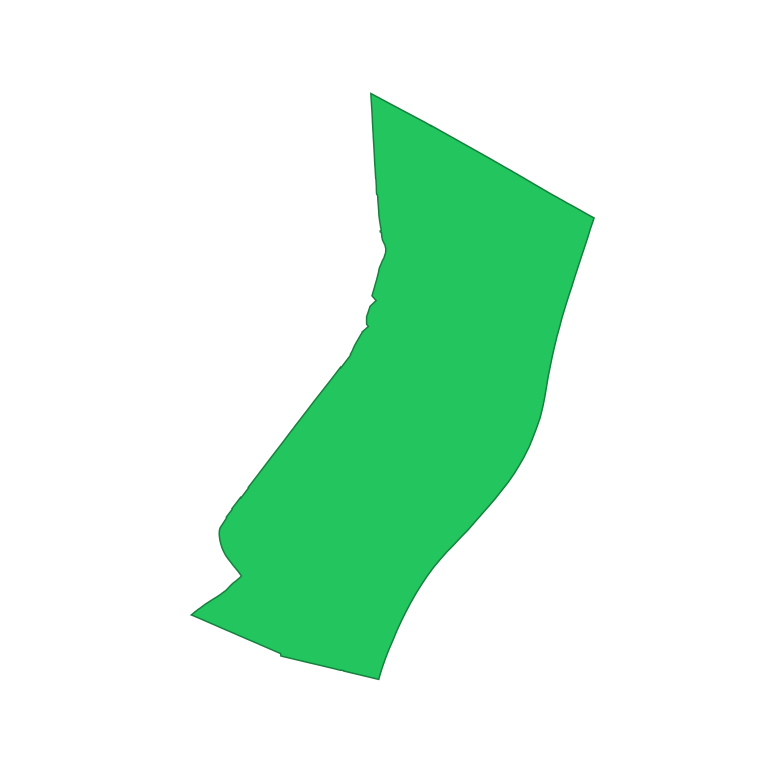 Maassluis, Zuid-Holland, Netherlands (Albers equal-area conic projection), rotated 255°
{"feature_id": "6326949B57125519324160", "entity_name": "Maassluis", "entity_type": "district", "adm_level": 2, "iso_a3": "NLD", "parent_name": "Netherlands", "parent_adm1": "Zuid-Holland", "projection": "albers", "projection_center": [4.256, 51.927], "detail": "fine", "context": "isolated", "style": "filled", "palette": "green", "viewbox_px": 768, "rotation_deg": 255, "n_neighbors": 0, "source": "geoboundaries", "source_scale": "gbopen_adm2", "svg_char_len": 5199}
<svg xmlns="http://www.w3.org/2000/svg" viewBox="0 0 768 768"><g transform="rotate(255 384 384)"><path d="M490.0,629.9L495.8,623.8L504.9,614.6L509.0,610.3L509.7,609.5L509.9,609.3L510.1,609.1L510.5,608.7L510.7,608.4L515.3,603.8L516.1,603.0L516.5,602.6L517.0,602.0L517.1,601.9L517.3,601.7L519.2,599.8L519.4,599.6L520.6,598.4L521.7,597.2L521.9,597.0L524.9,593.9L530.9,588.0L537.6,581.3L541.3,577.7L543.0,576.0L543.4,575.6L549.6,569.5L555.6,563.5L556.7,562.5L556.8,562.4L557.1,562.1L558.6,560.5L559.0,560.1L561.8,557.2L564.0,555.0L564.5,554.5L565.2,553.9L565.6,553.4L575.5,543.5L577.8,541.1L614.8,503.2L615.9,502.1L618.7,499.2L619.1,498.8L620.4,497.4L620.6,497.3L621.6,496.3L621.1,496.1L622.2,495.2L623.6,493.9L624.1,493.4L624.5,493.0L624.7,492.8L624.9,492.6L625.1,492.4L626.0,491.5L626.1,491.4L630.4,486.8L632.3,484.7L632.8,484.2L637.3,479.4L638.1,478.5L638.6,478.0L644.1,472.0L645.2,470.9L645.7,470.4L647.0,469.0L648.7,467.1L649.2,466.6L652.9,462.6L656.6,458.7L659.3,455.8L664.0,450.8L664.5,450.2L667.2,447.4L668.0,446.5L662.4,445.3L660.4,444.9L652.0,443.2L650.7,443.0L649.5,442.7L649.4,442.7L645.7,441.9L644.3,441.6L642.8,441.3L641.0,440.9L640.9,440.8L638.4,440.3L637.4,440.1L630.2,438.6L626.6,437.9L626.0,437.7L621.6,436.8L620.6,436.6L616.1,435.7L615.6,435.6L608.6,434.1L608.0,434.0L602.1,432.7L600.7,432.4L592.5,430.8L592.3,430.8L592.1,430.7L588.8,430.0L584.2,429.1L583.5,429.2L582.0,428.8L578.6,428.1L578.0,428.0L577.6,427.9L572.3,426.6L569.3,426.0L569.2,426.0L568.4,426.5L567.9,426.5L567.3,426.5L566.1,426.3L563.8,425.8L552.7,423.7L547.9,422.7L542.6,422.0L539.5,421.7L535.9,421.3L535.6,421.4L535.3,421.3L534.6,421.3L534.1,421.2L533.7,421.2L533.3,421.1L532.9,420.9L532.9,420.7L532.8,420.4L532.8,420.2L532.8,419.9L531.7,419.8L531.3,420.5L531.2,420.6L530.9,420.8L530.7,420.7L530.2,420.6L529.5,420.4L528.9,420.4L527.8,420.2L527.1,420.0L526.4,420.0L526.2,420.0L524.9,419.9L524.2,419.8L523.1,419.9L519.6,420.5L517.9,420.9L514.0,420.7L510.9,419.7L510.5,419.6L510.1,419.3L509.1,418.7L508.0,417.9L506.1,416.8L505.8,416.5L505.1,415.9L504.8,415.6L503.9,414.7L502.4,413.5L500.0,411.7L498.3,410.3L496.9,409.3L495.7,408.7L493.5,407.7L491.0,406.3L486.7,403.9L481.6,400.8L480.8,400.4L479.7,399.7L474.7,396.7L474.3,396.4L473.4,395.9L473.2,395.8L472.3,395.2L466.6,398.0L466.5,397.8L465.7,396.2L462.6,390.6L461.8,390.1L456.9,386.9L453.5,384.6L448.4,383.2L446.2,382.7L443.6,383.8L440.9,378.4L440.5,377.6L440.0,376.5L439.8,376.6L434.7,371.4L433.0,369.8L431.9,368.6L430.6,367.3L430.1,366.8L427.2,364.2L425.0,362.6L424.4,362.1L421.2,359.1L420.6,359.3L415.8,353.1L410.8,346.6L411.5,346.4L407.8,341.6L400.2,331.7L388.8,316.5L387.0,314.1L386.3,313.1L377.4,301.6L376.0,299.7L374.5,297.8L370.6,292.7L369.6,291.4L367.3,288.3L365.8,286.4L365.0,285.5L362.7,282.4L360.0,278.9L355.9,273.7L354.8,272.3L353.8,271.0L349.0,264.7L348.6,264.3L348.3,263.8L342.8,256.6L337.0,249.1L332.5,243.3L331.4,241.8L330.8,241.1L330.0,240.1L328.4,238.0L326.8,235.9L319.3,226.1L318.7,226.3L310.9,216.3L311.6,216.1L308.6,212.2L303.0,204.9L302.4,205.1L301.7,204.2L301.1,203.5L299.8,201.8L297.5,198.8L296.6,197.7L296.2,197.2L295.5,197.4L291.6,193.1L291.0,192.4L287.4,188.4L285.3,187.2L283.1,186.4L282.8,186.3L280.8,185.8L279.0,185.5L276.7,185.2L274.5,185.0L272.2,185.0L270.9,185.0L268.0,185.1L265.9,185.4L264.9,185.5L263.6,185.8L262.6,186.0L260.3,186.5L257.8,187.3L255.4,188.2L253.5,189.0L251.7,189.8L249.9,190.5L248.2,191.2L246.4,192.0L244.8,192.8L242.9,193.6L240.5,194.7L238.2,195.6L237.7,195.8L236.6,196.2L235.5,196.6L235.3,196.3L234.9,195.8L234.8,195.5L234.6,195.2L234.3,194.8L234.2,194.5L233.8,193.6L233.5,193.0L232.2,190.3L231.9,189.6L231.5,188.8L231.1,187.5L231.0,187.3L230.5,186.2L230.0,185.3L228.9,183.4L228.6,182.8L227.9,181.8L226.7,179.8L226.1,178.8L225.5,177.8L225.3,177.3L224.9,176.2L224.3,174.7L223.8,173.4L223.7,173.1L223.0,171.6L222.3,169.4L221.3,166.4L220.8,164.6L219.3,159.7L218.8,158.4L217.7,154.7L216.1,150.8L214.9,147.8L214.6,146.7L213.0,143.0L212.7,142.2L212.5,141.9L210.8,138.1L210.5,138.5L209.6,139.7L207.0,143.0L189.8,164.6L189.5,165.0L187.1,168.0L181.3,175.4L178.3,179.1L159.8,202.5L153.1,210.9L150.9,213.7L150.4,214.3L148.5,214.1L148.0,214.0L146.9,215.9L133.8,240.1L122.9,260.4L121.1,263.7L120.9,263.9L120.5,264.7L119.6,266.3L119.4,266.8L119.2,267.0L118.7,268.0L118.4,269.4L117.6,270.7L117.3,270.6L114.8,275.2L113.7,277.2L100.0,302.5L102.7,304.0L109.9,308.5L118.4,314.3L123.1,317.7L126.7,320.4L129.5,322.6L134.4,326.5L142.9,333.0L150.9,339.7L158.5,346.4L165.7,353.1L173.5,360.8L178.1,365.7L180.5,368.3L184.3,372.6L187.4,376.1L193.8,384.1L199.8,392.6L205.6,401.3L210.7,410.0L216.2,418.8L221.4,427.6L227.3,436.3L238.2,452.6L238.7,453.4L244.6,462.0L250.8,470.3L256.9,478.5L263.6,486.4L264.8,487.7L267.7,490.7L270.4,493.6L270.9,494.1L272.2,495.4L276.7,499.9L278.4,501.4L282.1,504.7L285.8,508.0L289.1,510.5L292.8,513.3L294.3,514.4L301.9,519.9L311.0,526.1L319.9,531.0L322.6,532.4L324.0,533.1L326.1,534.1L329.5,535.8L338.7,540.0L348.4,544.4L357.5,548.9L366.9,553.6L371.1,555.8L376.2,558.5L385.2,563.4L390.8,566.7L393.3,568.2L400.4,572.2L402.8,573.6L405.8,575.5L413.4,580.2L420.6,584.8L429.1,590.4L438.3,596.2L456.9,608.3L462.8,612.2L473.0,618.9L480.1,623.3L490.0,629.9Z" fill="#22c55e" stroke="#15803d" stroke-width="1.5"/></g></svg>